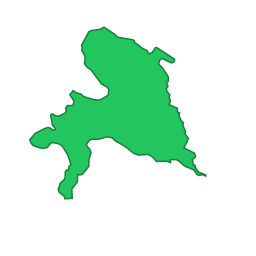 Pueblo Nuevo Viñas, Santa Rosa, Guatemala (Equal Earth projection), rotated 109°
{"feature_id": "79465075B34201935898883", "entity_name": "Pueblo Nuevo Viñas", "entity_type": "district", "adm_level": 2, "iso_a3": "GTM", "parent_name": "Guatemala", "parent_adm1": "Santa Rosa", "projection": "equal_earth", "projection_center": [-90.498, 14.233], "detail": "medium", "context": "isolated", "style": "filled", "palette": "green", "viewbox_px": 256, "rotation_deg": 109, "n_neighbors": 0, "source": "geoboundaries", "source_scale": "gbopen_adm2", "svg_char_len": 1885}
<svg xmlns="http://www.w3.org/2000/svg" viewBox="0 0 256 256"><g transform="rotate(109 128 128)"><path d="M107.8,76.9L105.0,77.3L103.6,80.3L99.5,84.0L97.0,84.0L96.7,86.5L93.3,87.8L92.5,96.7L88.4,96.8L85.4,99.3L83.0,99.2L80.8,103.1L78.4,104.5L75.7,103.8L72.3,106.5L70.8,105.0L66.2,106.8L60.0,114.8L57.4,120.0L52.6,119.9L51.2,118.5L52.3,108.6L51.7,107.0L49.5,105.8L47.8,106.4L42.7,126.6L42.9,128.2L49.1,129.8L50.8,132.3L50.4,133.8L48.7,134.9L47.8,141.4L45.6,146.5L45.4,149.5L43.7,150.0L43.0,151.6L45.5,167.5L43.9,170.4L40.5,183.5L43.7,186.4L48.0,194.7L49.9,196.4L65.0,198.9L66.7,197.5L69.4,197.1L74.8,191.5L81.4,190.1L84.0,186.2L85.1,181.8L95.1,167.3L96.0,161.5L97.5,158.7L103.5,157.5L109.7,162.7L111.2,165.1L112.3,169.4L112.7,180.1L111.2,183.7L111.6,188.2L110.5,192.1L115.5,193.8L120.2,187.7L124.7,187.5L126.5,192.6L129.7,193.5L131.8,191.9L133.9,191.9L139.2,197.2L140.1,200.1L139.2,203.9L140.7,205.5L149.7,200.5L152.2,196.5L153.2,196.3L154.4,197.6L153.3,202.4L153.7,204.2L155.8,206.8L163.5,214.1L171.1,217.0L174.1,214.5L175.5,211.8L175.5,204.9L174.8,201.6L172.7,197.9L167.4,196.2L166.2,194.2L165.6,188.8L165.9,186.0L167.3,183.2L173.3,176.0L181.0,170.1L183.7,171.3L187.1,170.5L187.8,172.3L189.7,173.1L195.3,171.3L197.8,171.6L202.2,174.1L209.1,173.9L211.3,171.8L213.3,166.0L215.5,164.7L212.7,157.8L203.9,161.3L195.6,158.3L188.8,160.4L187.1,156.3L177.2,152.6L170.8,154.6L163.3,154.9L160.0,157.8L159.4,159.8L157.4,161.9L152.6,160.7L150.6,158.9L148.4,152.5L143.0,144.7L142.5,139.6L144.2,136.1L146.3,125.1L150.1,114.3L150.2,109.3L146.3,100.1L147.6,94.9L150.4,90.2L146.8,80.5L146.9,76.5L144.0,77.6L142.3,72.2L142.4,69.7L145.6,62.0L146.1,52.6L149.7,47.2L149.5,44.8L147.8,42.6L148.2,39.0L147.2,39.1L146.6,47.1L143.1,51.8L141.6,52.2L141.3,54.6L136.8,56.8L133.3,54.7L130.2,56.8L128.6,68.6L118.2,67.4L115.2,72.2L112.6,72.4L107.8,76.9Z" fill="#22c55e" stroke="#15803d" stroke-width="1.5"/></g></svg>